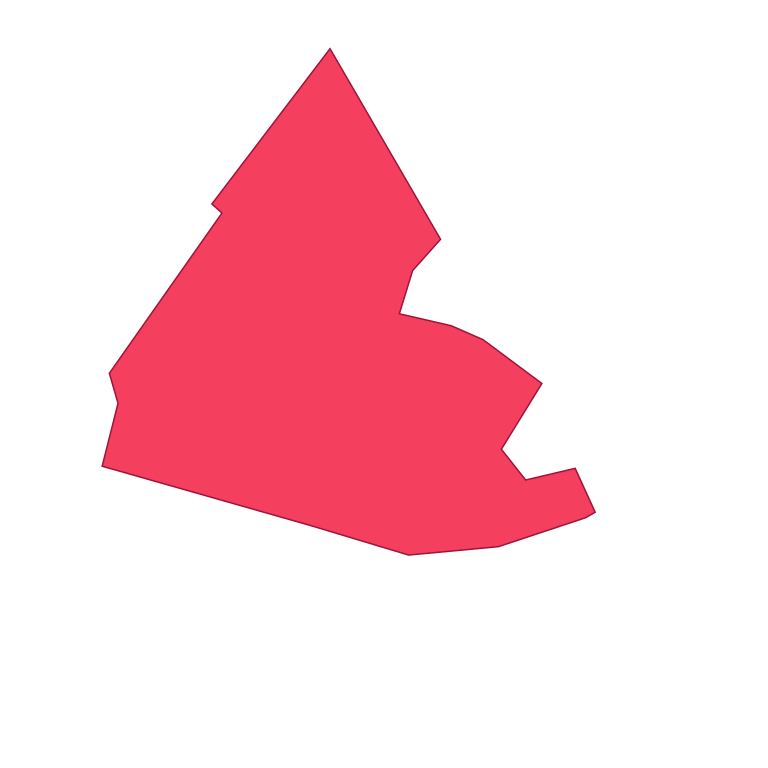 Malbaza, Tahoua, Niger, rotated 217°
{"feature_id": "23599985B4654450212041", "entity_name": "Malbaza", "entity_type": "district", "adm_level": 2, "iso_a3": "NER", "parent_name": "Niger", "parent_adm1": "Tahoua", "projection": "albers", "projection_center": [5.498, 14.04], "detail": "fine", "context": "isolated", "style": "filled", "palette": "rose", "viewbox_px": 768, "rotation_deg": 217, "n_neighbors": 0, "source": "geoboundaries", "source_scale": "gbopen_adm2", "svg_char_len": 423}
<svg xmlns="http://www.w3.org/2000/svg" viewBox="0 0 768 768"><g transform="rotate(217 384 384)"><path d="M138.2,408.7L180.6,431.7L213.1,392.6L251.0,402.5L258.2,479.4L331.5,479.0L365.3,471.0L414.0,449.3L429.4,491.8L425.9,533.6L628.9,619.3L629.8,424.2L616.3,423.0L609.8,227.3L584.8,208.5L559.6,148.7L357.9,226.6L261.4,262.2L194.7,323.0L142.4,398.7L138.2,408.7Z" fill="#f43f5e" stroke="#9f1239" stroke-width="1.5"/></g></svg>